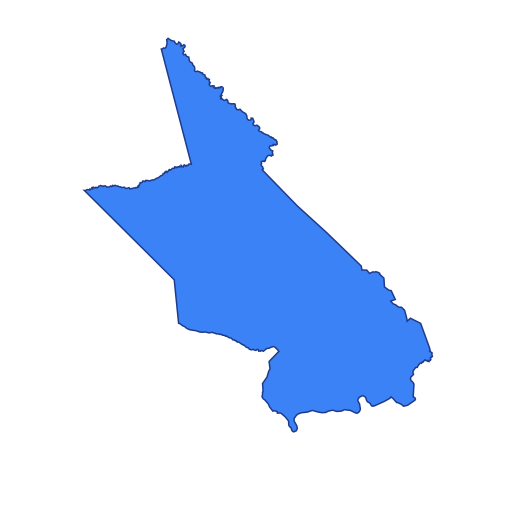 Chibuto, Gaza, Mozambique, rotated 314°
{"feature_id": "85939544B98651386750815", "entity_name": "Chibuto", "entity_type": "district", "adm_level": 2, "iso_a3": "MOZ", "parent_name": "Mozambique", "parent_adm1": "Gaza", "projection": "natural_earth1", "projection_center": [33.631, -24.266], "detail": "fine", "context": "isolated", "style": "filled", "palette": "blue", "viewbox_px": 512, "rotation_deg": 314, "n_neighbors": 0, "source": "geoboundaries", "source_scale": "gbopen_adm2", "svg_char_len": 6089}
<svg xmlns="http://www.w3.org/2000/svg" viewBox="0 0 512 512"><g transform="rotate(314 256 256)"><path d="M353.4,189.9L352.7,188.4L352.8,185.9L352.1,185.6L352.2,184.1L351.7,183.9L351.3,183.0L351.5,181.4L349.5,176.8L349.6,175.9L349.1,175.2L349.2,173.8L348.1,171.8L348.3,170.3L349.7,170.3L350.4,170.0L351.0,169.2L351.1,168.1L350.9,166.2L350.4,165.5L349.5,165.3L349.1,164.4L348.6,164.1L348.4,163.1L349.2,161.8L350.7,161.7L351.5,160.9L352.8,157.9L351.9,156.7L350.8,157.6L349.6,157.4L348.8,156.7L348.5,155.3L348.7,154.1L350.5,151.9L351.2,149.6L350.3,145.8L350.5,142.5L349.0,141.8L347.9,140.4L348.6,139.2L348.4,138.5L349.1,137.1L350.0,136.6L350.7,135.0L347.9,132.1L346.8,129.6L346.9,129.1L348.0,128.1L348.3,126.2L348.0,125.8L347.2,126.0L345.7,124.9L345.5,122.8L344.5,121.4L345.0,121.1L345.6,121.6L346.1,120.6L345.8,120.1L346.1,119.2L347.7,120.0L347.8,118.9L351.4,117.8L353.4,116.5L354.3,115.0L353.8,113.5L353.2,113.1L351.9,113.2L351.7,112.2L351.0,112.2L350.8,111.7L350.3,111.9L349.7,110.9L348.4,110.4L348.2,110.0L348.5,109.7L348.0,109.5L348.1,108.7L349.2,107.8L348.5,106.7L347.7,106.7L347.7,106.1L346.8,105.6L346.4,104.4L347.3,102.7L347.9,103.0L348.6,102.2L348.9,102.4L349.5,100.3L350.6,99.8L350.2,99.3L350.2,98.2L349.7,98.4L348.9,97.4L349.8,96.1L349.5,94.9L350.7,93.6L349.9,91.5L350.5,90.3L349.4,88.7L349.5,87.7L348.9,87.1L348.4,85.5L346.8,84.6L346.5,83.5L346.9,82.7L347.7,82.3L349.2,80.6L349.6,78.7L349.4,77.8L350.2,76.8L350.5,75.5L349.9,74.2L350.1,72.5L352.4,69.5L351.5,67.6L351.5,66.3L352.1,65.6L352.0,65.1L350.6,64.3L350.6,63.8L351.3,62.3L353.4,62.1L353.6,60.6L354.3,59.6L357.0,59.7L357.8,59.1L358.2,58.1L357.6,57.2L356.1,57.1L355.5,56.2L354.9,56.2L355.2,55.5L356.1,55.2L356.6,54.0L356.3,51.8L354.4,52.4L353.1,51.7L353.2,49.1L353.8,48.2L352.1,45.2L351.5,41.6L349.5,41.5L347.4,44.2L343.7,46.3L342.2,46.2L341.5,45.0L340.0,44.8L339.1,44.1L277.1,145.7L275.7,143.9L274.0,144.1L273.4,143.4L272.6,143.6L272.6,143.0L271.4,142.8L272.0,142.6L271.7,141.3L271.3,141.7L270.7,141.2L269.5,141.8L268.8,140.7L269.2,140.0L269.2,139.4L268.7,139.9L267.6,139.6L267.8,139.1L267.5,138.6L266.7,138.8L266.3,138.1L265.5,138.0L265.3,137.5L264.5,137.6L264.3,136.6L263.6,135.6L262.6,136.5L261.0,135.0L258.6,134.9L258.2,133.9L257.8,134.1L257.6,133.6L256.1,134.0L254.8,133.4L254.6,132.5L253.7,132.7L253.7,133.1L253.0,132.1L251.5,132.7L250.8,131.9L249.7,132.5L248.8,132.5L248.0,131.9L244.4,131.3L242.5,130.3L240.2,129.9L238.5,128.4L236.0,127.3L234.8,125.2L233.6,124.1L232.7,124.6L231.4,122.5L230.2,122.9L229.0,122.5L228.3,121.7L227.2,122.4L226.5,122.2L225.4,123.1L224.8,123.1L224.5,122.5L223.9,122.6L223.7,123.4L222.6,123.0L221.8,122.0L221.1,121.9L220.3,121.0L216.8,118.9L217.0,117.2L214.7,116.0L214.0,114.9L214.1,113.6L212.1,112.0L211.5,110.3L210.8,109.6L210.4,107.9L209.6,107.6L209.0,105.5L207.6,104.9L207.2,103.9L206.6,104.2L205.7,104.0L205.6,102.9L203.9,102.5L203.1,101.9L201.9,100.6L201.9,99.1L200.8,97.9L199.6,97.6L199.6,96.9L198.7,95.2L196.8,94.4L195.3,94.7L194.5,94.2L194.3,93.1L192.8,92.8L192.7,91.5L192.3,91.0L191.4,90.5L190.9,91.5L190.6,90.7L188.4,90.8L188.5,89.9L187.6,89.9L186.8,88.7L185.5,88.0L184.7,88.0L183.9,87.0L182.1,213.7L153.8,247.1L154.5,248.2L154.9,251.8L155.6,253.5L155.9,256.7L157.1,259.9L160.5,264.6L162.4,268.6L164.5,271.0L166.0,272.1L168.1,275.7L170.8,277.6L171.2,279.0L172.0,280.0L172.4,281.5L174.0,283.2L174.1,284.0L174.9,284.5L175.2,285.4L175.7,285.7L175.7,287.0L176.8,288.0L177.2,289.7L177.5,289.7L177.6,290.4L178.0,290.5L178.6,293.5L179.7,295.1L179.6,297.7L180.5,298.5L180.4,299.1L181.2,300.4L180.9,300.7L181.5,302.5L181.3,302.6L182.1,303.3L182.7,307.3L183.2,308.1L183.1,308.9L183.6,309.5L183.6,312.2L184.7,314.9L184.3,315.8L184.8,317.0L185.5,318.1L187.0,318.9L187.1,319.9L188.0,321.5L190.0,321.9L190.2,322.7L189.4,324.0L190.0,324.3L190.5,325.3L191.6,325.3L192.7,327.5L197.1,328.0L198.8,329.5L200.9,330.2L203.0,331.5L203.6,332.7L203.6,336.2L203.3,338.7L189.2,338.7L184.5,344.5L181.9,345.2L176.6,348.0L168.8,349.3L163.7,355.0L162.5,355.3L161.4,356.6L159.1,357.9L158.3,360.2L158.6,362.4L158.1,367.7L156.9,370.5L156.1,375.9L157.4,376.5L158.8,379.5L157.8,380.5L159.9,382.5L160.3,383.5L160.6,388.8L159.9,394.1L157.3,396.8L156.6,398.4L156.7,400.6L155.4,403.0L155.4,404.4L155.8,405.4L158.4,406.4L160.7,405.5L162.2,403.3L163.6,398.6L164.3,397.4L165.7,396.3L169.5,395.7L171.8,396.1L174.7,397.5L179.6,401.5L184.1,403.8L186.7,408.7L189.0,412.2L191.8,414.8L194.4,415.7L197.8,417.8L198.5,418.5L200.1,421.8L202.1,423.8L204.0,425.3L206.9,426.4L210.5,431.2L212.4,437.0L213.5,438.2L215.9,438.5L218.3,437.5L221.5,433.3L222.6,429.8L223.9,428.8L226.1,428.5L229.2,429.4L230.2,430.9L230.4,432.4L230.3,433.4L228.8,436.1L228.6,437.4L229.3,440.5L228.6,442.6L228.6,443.7L229.4,444.6L230.2,444.7L230.3,445.2L240.5,449.3L246.8,451.2L248.3,450.9L248.7,453.3L248.3,459.0L249.1,460.0L250.3,463.7L250.5,466.6L254.1,468.8L262.7,470.5L263.7,470.2L264.4,468.8L264.0,466.8L273.6,458.6L274.2,456.4L274.1,454.2L274.8,452.6L276.4,451.5L280.2,451.6L281.5,449.5L282.9,448.8L286.7,448.3L287.9,449.4L289.8,448.7L293.4,448.6L293.9,449.6L295.4,449.2L295.8,449.9L298.4,449.5L298.7,449.7L298.8,451.2L299.7,451.5L299.5,452.7L300.3,453.8L301.1,453.0L302.0,453.9L303.0,453.7L303.8,452.2L304.3,452.0L305.1,452.6L306.3,452.7L307.0,451.3L308.6,450.0L308.7,449.4L308.0,447.3L308.3,446.9L309.1,446.9L309.5,445.8L310.2,445.2L321.9,421.2L318.5,410.3L314.1,410.0L315.9,407.7L319.9,401.1L320.2,399.9L320.2,396.2L318.3,394.3L317.9,390.4L316.8,387.6L317.2,384.2L321.5,386.4L325.0,377.3L323.7,375.4L323.0,369.9L328.9,363.4L328.8,357.5L329.5,357.0L329.1,355.3L328.0,353.2L326.8,352.5L325.6,351.0L322.3,349.7L322.8,345.5L319.5,341.9L321.9,338.7L321.9,291.1L320.7,250.7L322.3,200.6L323.8,200.8L324.2,199.5L324.7,199.1L324.7,197.4L325.2,196.1L326.2,196.0L327.5,194.3L328.5,194.7L329.8,196.3L330.3,195.7L330.9,196.5L333.3,195.2L336.4,194.8L337.8,195.7L338.7,197.7L339.4,197.4L339.9,198.0L340.5,198.1L341.7,196.0L343.2,195.1L342.6,193.1L342.9,190.7L343.4,190.0L344.6,189.6L347.5,191.7L347.7,191.1L348.3,190.9L349.4,192.5L349.3,192.9L350.8,193.6L351.6,193.1L351.8,192.3L352.6,192.1L353.4,189.9Z" fill="#3b82f6" stroke="#1e3a8a" stroke-width="1.5"/></g></svg>